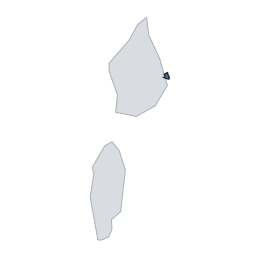 Gagaifomauga I, Samoa (highlighted), rotated 80°
{"feature_id": "51752279B82418493782351", "entity_name": "Gagaifomauga I", "entity_type": "district", "adm_level": 2, "iso_a3": "WSM", "parent_name": "Samoa", "parent_adm1": "", "projection": "mercator", "projection_center": [-172.391, -13.461], "detail": "fine", "context": "in_parent", "style": "filled", "palette": "slate", "viewbox_px": 256, "rotation_deg": 80, "n_neighbors": 0, "source": "geoboundaries", "source_scale": "gbopen_adm2", "svg_char_len": 1151}
<svg xmlns="http://www.w3.org/2000/svg" viewBox="0 0 256 256"><g transform="rotate(80 128 128)"><path d="M93.1,81.9L110.9,97.4L118.0,117.8L110.4,137.4L93.5,132.6L69.1,136.7L60.9,135.4L41.3,111.3L27.8,100.5L22.3,90.4L39.6,91.5L64.9,84.8L93.1,81.9ZM233.0,177.1L189.4,177.2L167.8,169.8L160.2,169.8L141.7,154.2L138.8,146.1L148.5,140.7L168.7,137.9L209.1,149.7L215.3,160.2L224.6,161.3L231.8,165.8L233.7,173.2L233.0,177.1Z" fill="#d9dde1" stroke="#a8b0b8" stroke-width="1"/><path d="M86.8,79.2L86.7,79.2L86.4,79.1L86.3,78.9L86.1,78.8L85.9,78.8L85.6,78.8L85.4,78.8L85.1,78.9L84.9,78.9L84.8,79.0L84.7,79.0L84.6,78.9L84.4,78.8L84.2,78.9L84.0,79.0L83.9,79.0L83.7,79.0L83.3,79.1L83.1,79.1L82.8,79.2L82.7,79.3L82.4,79.4L82.2,79.5L81.8,79.6L81.6,79.6L81.3,79.7L81.2,79.6L80.9,79.5L80.7,79.5L80.4,79.5L80.6,80.6L81.5,82.5L81.5,82.8L81.7,82.7L82.4,82.7L82.4,82.8L82.9,82.8L83.1,82.8L84.5,82.8L84.5,83.3L84.5,83.6L84.7,83.3L84.9,83.1L84.9,82.9L85.0,82.8L85.1,82.7L85.2,82.4L85.3,82.3L85.4,82.2L85.5,82.1L86.2,81.0L86.2,80.9L86.3,80.6L86.3,80.4L86.4,80.1L86.5,80.1L86.6,79.9L86.6,79.6L86.8,79.3L86.8,79.2Z" fill="#64748b" stroke="#1e293b" stroke-width="1.5"/></g></svg>